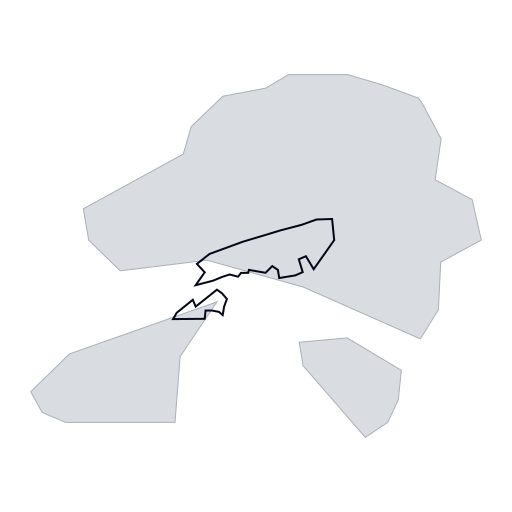 where Tsuen Wan sits in Hong Kong S.A.R.
{"feature_id": "HKG-5165", "entity_name": "Tsuen Wan", "entity_type": "state/province", "adm_level": 1, "iso_a3": "HKG", "parent_name": "Hong Kong S.A.R.", "parent_adm1": "", "projection": "orthographic", "projection_center": [114.074, 22.367], "detail": "fine", "context": "in_parent", "style": "outline", "palette": "ink", "viewbox_px": 512, "rotation_deg": 0, "n_neighbors": 0, "source": "natural_earth", "source_scale": "10m", "svg_char_len": 1140}
<svg xmlns="http://www.w3.org/2000/svg" viewBox="0 0 512 512"><path d="M191.2,126.7L193.7,124.2L222.9,96.2L265.9,88.1L288.5,74.6L347.7,74.6L384.0,85.4L418.3,98.1L421.6,102.2L441.1,138.8L435.2,179.8L472.1,199.6L481.3,240.0L440.7,262.1L438.4,309.7L420.4,338.9L303.3,287.1L206.9,260.2L120.2,270.8L88.7,240.2L83.3,208.8L183.3,154.0L191.2,126.7ZM175.0,422.4L65.6,422.4L42.2,412.5L30.7,391.7L69.5,353.9L217.0,301.8L180.1,356.6L175.0,422.4ZM387.8,422.3L365.3,437.4L303.1,365.7L299.2,342.2L347.2,337.9L401.3,370.3L398.3,399.7L387.8,422.3Z" fill="#d9dde1" stroke="#a8b0b8" stroke-width="1"/><path d="M279.2,278.0L277.9,269.9L272.2,266.1L265.6,272.8L248.9,269.9L248.2,272.9L241.0,272.9L238.1,276.7L229.7,274.5L222.7,276.7L213.3,280.6L195.7,285.2L204.7,272.3L196.9,263.9L209.6,253.9L242.9,241.7L281.1,230.2L301.7,224.8L316.5,219.5L332.1,219.0L334.2,240.1L313.7,269.2L305.9,256.2L298.8,259.3L302.7,272.1L295.3,275.4L279.2,278.0ZM173.1,319.1L176.7,312.8L192.8,299.8L195.7,306.6L216.9,289.7L221.9,293.2L226.9,299.0L224.1,306.6L222.7,315.1L219.0,311.9L211.9,310.5L205.6,310.5L204.7,318.8L173.1,319.1Z" fill="none" stroke="#020617" stroke-width="2"/></svg>